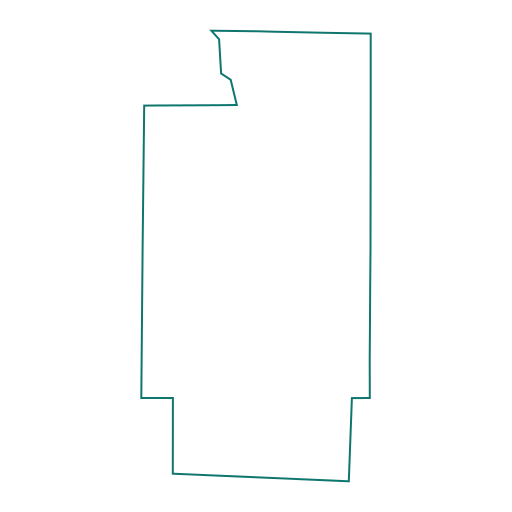 Summit, Ohio, United States of America (Equal Earth projection)
{"feature_id": "52423323B73320668116479", "entity_name": "Summit", "entity_type": "district", "adm_level": 2, "iso_a3": "USA", "parent_name": "United States of America", "parent_adm1": "Ohio", "projection": "equal_earth", "projection_center": [-81.526, 41.129], "detail": "fine", "context": "isolated", "style": "outline", "palette": "teal", "viewbox_px": 512, "rotation_deg": 0, "n_neighbors": 0, "source": "geoboundaries", "source_scale": "gbopen_adm2", "svg_char_len": 443}
<svg xmlns="http://www.w3.org/2000/svg" viewBox="0 0 512 512"><path d="M172.8,473.7L258.9,477.4L348.8,481.3L351.9,398.1L369.8,398.0L369.7,360.6L369.8,345.2L370.0,319.3L370.2,284.6L370.5,248.8L370.7,106.1L370.7,33.6L325.5,32.8L273.5,31.7L259.0,31.3L211.4,30.7L219.1,39.3L221.1,73.5L230.7,79.8L236.8,105.0L217.2,105.2L155.4,105.5L144.2,105.6L142.6,248.6L141.3,398.0L172.9,398.0L172.8,473.7Z" fill="none" stroke="#0f766e" stroke-width="2"/></svg>